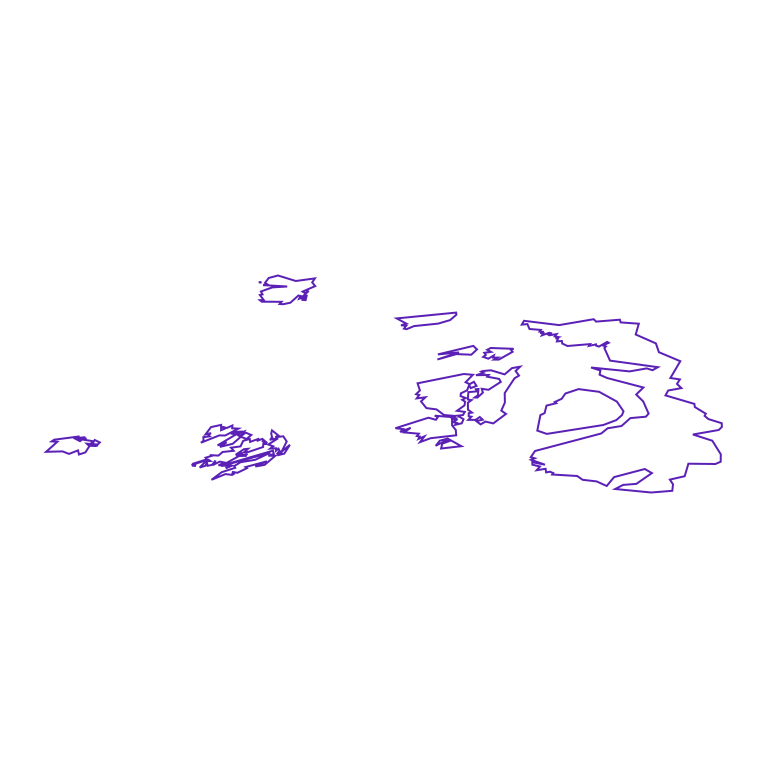 Lurøy nor, Norway
{"feature_id": "86288312B55953165899475", "entity_name": "Lurøy nor", "entity_type": "district", "adm_level": 2, "iso_a3": "NOR", "parent_name": "Norway", "parent_adm1": "", "projection": "equal_earth", "projection_center": [12.805, 66.444], "detail": "fine", "context": "isolated", "style": "outline", "palette": "violet", "viewbox_px": 768, "rotation_deg": 0, "n_neighbors": 0, "source": "geoboundaries", "source_scale": "gbopen_adm2", "svg_char_len": 6100}
<svg xmlns="http://www.w3.org/2000/svg" viewBox="0 0 768 768"><path d="M521.8,324.6L527.4,324.1L529.5,329.0L540.8,329.9L539.6,331.6L543.9,331.9L540.2,333.0L543.3,333.2L542.0,335.3L549.2,332.8L552.0,333.4L547.5,334.1L549.2,335.3L556.6,334.1L554.8,336.4L558.6,337.1L555.5,338.3L558.0,338.6L556.9,341.4L561.9,341.0L562.2,343.5L567.5,346.0L590.1,344.1L589.0,345.9L596.0,344.4L596.1,345.6L598.9,346.6L607.2,341.9L608.7,342.8L602.9,345.5L605.9,346.5L604.4,348.1L610.0,360.6L657.9,367.2L652.5,370.2L646.7,368.4L629.6,371.4L591.0,367.5L600.4,370.5L599.6,374.7L607.1,378.0L643.4,387.5L636.2,394.5L643.2,401.4L648.6,413.6L645.9,416.7L630.4,418.1L621.5,426.0L607.6,428.3L601.2,433.5L535.0,451.0L530.8,457.2L534.7,458.3L531.1,459.8L545.0,464.7L532.3,462.2L532.4,464.7L539.9,466.5L536.7,470.2L545.6,468.8L546.1,472.4L549.9,471.7L553.2,473.0L552.2,474.5L577.2,476.0L582.6,479.8L596.6,481.4L606.7,486.0L614.1,477.1L644.8,469.0L651.9,473.1L636.3,483.9L623.1,484.9L615.2,489.0L651.2,492.5L672.3,490.8L673.0,484.3L669.9,479.6L684.7,476.2L688.4,463.7L715.4,464.0L720.7,461.7L720.8,454.3L712.3,440.7L692.9,434.5L718.7,430.0L721.9,426.9L721.7,423.2L708.5,419.1L704.6,415.9L705.8,413.7L694.8,407.0L694.4,403.9L665.5,395.4L668.2,390.5L681.4,388.1L677.0,383.9L679.9,379.4L670.4,378.0L680.3,361.2L658.9,352.2L655.9,343.4L635.7,334.5L638.8,323.7L620.6,322.4L619.9,319.7L596.1,321.6L593.7,319.2L559.2,325.1L524.0,320.8L521.8,324.6ZM599.1,391.8L578.6,389.1L565.4,393.5L561.7,398.8L554.8,402.0L556.2,403.2L546.5,405.6L544.6,413.1L540.4,415.1L537.3,430.6L546.8,433.9L603.3,425.0L616.3,420.1L622.0,415.1L623.5,411.3L616.9,401.6L599.1,391.8ZM463.8,374.0L417.6,383.3L419.9,390.5L416.1,394.2L419.2,395.0L416.7,398.4L425.4,397.3L421.0,401.4L426.4,408.1L436.5,409.4L444.0,415.0L455.5,416.0L452.8,418.0L456.0,418.3L453.4,420.3L455.7,419.3L456.6,419.8L453.4,422.2L456.9,423.0L455.2,424.8L461.8,423.3L463.5,419.2L457.6,415.7L463.0,415.0L464.8,411.9L457.0,410.8L464.5,405.4L465.1,401.7L462.2,399.8L465.7,398.0L460.6,396.1L460.8,393.4L467.1,390.3L469.2,385.0L470.8,388.1L476.5,385.9L473.9,381.8L469.6,384.2L465.6,382.2L472.9,374.8L463.8,374.0ZM515.6,371.0L520.1,366.7L512.0,368.1L504.6,374.4L491.0,370.3L483.0,371.0L481.2,371.6L483.6,372.9L475.9,375.2L488.7,375.0L487.2,376.7L499.1,378.9L500.8,381.9L488.5,389.8L481.7,388.8L482.9,392.6L477.4,397.6L474.7,397.5L477.9,395.3L478.5,389.0L475.8,389.2L476.9,391.4L468.4,392.1L467.8,399.5L471.5,400.1L467.9,402.7L468.0,409.7L472.0,412.6L468.7,413.2L468.7,416.3L471.4,416.7L468.3,419.9L475.5,419.9L479.8,417.0L482.7,419.7L476.3,421.1L480.6,424.4L485.5,421.6L493.3,423.4L506.0,413.9L501.3,410.6L504.9,402.5L504.7,393.1L514.5,378.3L519.0,375.6L515.6,371.0ZM263.1,285.1L287.2,286.5L272.3,287.4L260.9,291.5L262.5,294.4L259.9,295.0L263.7,300.0L259.9,300.2L261.8,301.7L281.5,301.8L279.7,304.0L283.3,304.2L290.4,302.7L298.4,295.5L303.0,296.6L299.9,297.1L299.1,298.8L304.2,296.9L304.8,298.7L301.5,299.8L305.6,300.1L306.9,294.8L306.1,296.4L303.0,296.2L308.8,290.9L305.0,293.1L302.6,291.6L315.2,286.1L312.2,282.4L314.9,278.4L295.8,281.0L278.0,275.5L268.7,278.0L265.0,282.9L267.6,284.5L263.1,285.1ZM452.0,417.1L434.7,415.7L437.9,417.0L435.9,419.8L428.5,417.7L395.4,428.2L403.1,429.1L400.1,432.0L410.7,427.8L404.1,432.4L418.8,433.7L416.9,436.1L419.7,436.6L418.5,438.9L424.4,436.4L420.1,442.1L430.6,438.2L456.2,435.3L455.8,430.0L452.1,425.4L452.0,417.1ZM259.2,438.6L250.1,441.9L249.8,439.0L243.2,440.8L240.5,446.4L231.0,447.7L233.7,450.8L222.6,452.0L218.4,455.6L209.8,455.1L211.7,455.9L205.6,457.7L207.0,459.3L193.0,463.7L191.8,465.2L192.7,464.8L194.5,465.0L191.9,465.6L195.0,465.9L195.7,463.6L208.4,459.7L210.3,461.0L205.9,461.3L199.7,467.5L205.4,465.8L206.9,462.6L207.6,465.8L212.0,464.9L215.5,460.6L214.4,464.3L219.8,461.6L224.2,462.5L218.4,465.4L223.7,464.5L239.1,456.0L246.8,455.8L245.1,455.6L247.5,453.9L239.7,455.5L242.5,452.8L236.8,455.3L236.3,454.3L243.9,449.2L248.0,448.8L244.2,452.1L248.7,451.9L263.1,447.0L263.3,444.0L265.5,444.0L262.1,440.6L267.3,443.2L262.4,438.9L256.7,441.0L259.2,438.6ZM79.6,436.4L54.2,439.7L51.7,441.4L57.3,441.8L46.1,451.8L62.5,451.4L69.0,453.9L78.0,450.4L79.0,454.5L85.4,452.4L89.6,445.8L95.8,446.0L98.0,445.3L88.8,445.6L86.8,443.7L97.7,444.5L99.8,442.4L94.7,440.0L92.6,443.7L91.0,443.4L93.1,441.2L83.4,439.7L86.6,438.4L82.4,439.3L80.0,441.2L77.0,439.6L80.5,439.0L76.5,439.3L85.4,437.2L73.4,438.3L79.6,436.4ZM396.7,318.4L406.5,323.7L401.0,325.3L406.2,325.8L404.0,328.6L406.5,329.2L414.0,326.1L438.2,323.6L450.1,320.1L456.4,314.7L456.1,312.6L396.7,318.4ZM272.9,450.7L220.7,465.9L228.1,465.5L225.8,468.3L231.9,465.7L228.4,465.3L231.2,463.4L270.3,452.7L255.2,459.8L240.6,462.2L234.2,466.1L235.2,467.8L221.7,472.2L211.5,479.8L225.4,474.1L232.2,474.9L234.8,473.3L232.3,473.9L232.9,472.0L237.4,472.8L246.9,468.2L245.5,467.1L266.9,461.3L255.3,466.5L264.6,464.9L275.3,455.8L268.3,455.7L273.8,454.0L272.9,450.7ZM221.1,424.9L211.0,427.1L205.5,434.4L211.0,433.1L208.5,435.0L209.8,436.3L203.3,437.2L203.6,440.7L200.9,442.7L219.3,435.4L225.2,435.5L238.5,428.6L232.2,428.3L232.4,425.5L226.8,428.0L222.2,426.7L224.4,428.8L221.1,430.2L221.1,424.9ZM278.3,435.4L272.0,430.4L271.2,433.5L272.2,438.0L270.5,438.4L272.0,438.6L269.7,439.8L278.1,438.3L268.3,444.5L273.2,446.3L270.2,448.6L276.2,448.3L276.0,450.7L278.5,448.7L279.6,450.8L276.7,454.2L281.3,451.8L281.6,452.9L277.3,455.4L284.3,453.6L289.9,444.8L281.6,451.7L286.7,441.5L283.3,436.3L275.3,437.2L278.3,435.4ZM513.7,348.8L490.7,348.0L487.2,349.8L491.0,351.9L484.3,352.8L485.8,354.9L483.2,356.9L488.3,358.7L493.9,355.4L493.2,357.6L497.7,357.6L494.3,359.6L498.8,359.6L512.6,351.8L510.7,349.6L513.7,348.8ZM473.3,345.9L437.9,354.4L459.0,352.4L437.4,359.5L456.4,354.1L471.3,354.7L477.0,349.4L473.3,345.9ZM243.8,431.6L238.7,433.3L239.7,436.2L235.9,433.9L239.3,431.7L234.8,432.0L232.5,433.8L235.9,434.5L217.5,445.4L226.7,442.3L219.9,446.9L232.7,443.8L240.8,436.8L246.6,438.9L251.3,435.0L245.6,432.6L242.3,435.2L240.5,435.4L243.8,431.6ZM447.7,438.6L439.8,440.7L435.7,445.8L446.1,440.4L448.8,441.3L442.3,443.6L441.1,448.5L461.4,446.2L447.7,438.6ZM260.3,282.0L258.8,282.3L261.4,282.7L260.3,282.0Z" fill="none" stroke="#5b21b6" stroke-width="2"/></svg>